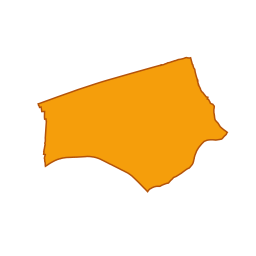 Heemstede, Noord-Holland, Netherlands (orthographic projection), rotated 58°
{"feature_id": "6326949B37301636239269", "entity_name": "Heemstede", "entity_type": "district", "adm_level": 2, "iso_a3": "NLD", "parent_name": "Netherlands", "parent_adm1": "Noord-Holland", "projection": "orthographic", "projection_center": [4.618, 52.343], "detail": "fine", "context": "isolated", "style": "filled", "palette": "amber", "viewbox_px": 256, "rotation_deg": 58, "n_neighbors": 0, "source": "geoboundaries", "source_scale": "gbopen_adm2", "svg_char_len": 5383}
<svg xmlns="http://www.w3.org/2000/svg" viewBox="0 0 256 256"><g transform="rotate(58 128 128)"><path d="M116.7,218.3L116.7,218.0L116.7,217.5L116.7,216.6L116.6,213.7L116.6,212.5L116.6,211.8L116.7,210.1L116.7,209.8L116.8,208.5L116.9,207.4L116.9,207.0L117.1,206.0L117.2,205.6L117.2,205.1L117.4,204.2L117.5,203.9L117.8,202.6L117.9,202.3L118.1,201.9L118.2,201.4L118.3,201.0L118.4,200.7L118.7,199.8L118.9,199.2L119.3,198.3L119.9,197.0L120.1,196.4L121.1,194.6L122.1,192.9L122.6,192.0L123.7,190.0L125.8,186.4L129.9,178.9L130.2,178.2L130.6,177.5L130.8,177.2L131.5,176.2L131.7,175.9L132.0,175.4L132.3,175.1L132.5,174.8L133.0,174.2L133.4,173.7L133.7,173.4L134.3,172.6L135.0,171.9L135.5,171.4L135.9,171.0L136.4,170.6L136.8,170.2L137.3,169.8L138.2,169.1L138.7,168.7L139.2,168.4L140.0,167.8L140.7,167.4L141.4,167.0L142.3,166.4L145.3,164.6L146.6,163.8L149.0,162.4L150.1,161.6L152.0,160.5L157.6,157.1L158.3,156.7L160.5,155.4L161.7,154.6L162.9,153.9L163.6,153.5L165.9,152.1L168.1,151.1L169.4,150.6L170.9,150.0L171.2,150.0L172.9,149.5L174.2,149.2L174.9,149.0L179.4,147.9L185.9,146.5L188.2,146.0L188.4,145.9L189.5,145.7L192.4,145.1L191.9,144.0L191.7,143.6L191.6,143.1L191.4,142.3L191.3,141.7L191.4,140.8L191.4,139.7L191.5,138.6L191.7,137.5L191.8,136.9L192.0,136.4L192.3,135.4L192.8,134.3L193.5,133.2L194.3,131.9L194.4,131.6L194.4,130.7L194.5,129.6L194.5,129.2L194.6,128.8L194.9,127.0L195.3,125.2L195.5,124.4L196.0,123.2L196.1,122.8L195.7,121.7L195.3,120.3L195.1,119.8L194.8,117.9L194.7,117.6L194.6,117.1L194.3,116.2L194.2,115.9L194.1,115.4L194.3,114.6L194.4,113.8L194.6,112.8L194.6,112.5L194.6,111.1L194.6,108.9L194.6,107.5L194.6,107.0L194.6,106.8L194.6,106.4L194.4,105.2L194.4,104.4L194.3,103.5L194.2,102.2L194.1,100.9L194.1,100.1L194.1,99.4L194.1,98.8L194.4,97.4L194.3,97.2L194.1,96.2L193.9,95.6L193.0,92.9L192.4,91.8L192.1,91.4L190.8,89.9L190.1,89.3L188.8,87.9L187.9,87.2L187.6,86.8L187.0,86.1L186.6,85.7L184.1,82.3L183.6,81.7L183.3,80.9L182.6,79.6L182.4,79.2L182.0,78.3L181.6,77.2L180.5,73.9L180.3,73.1L180.2,72.7L179.9,71.2L179.7,70.6L180.1,68.3L180.2,67.6L180.6,66.6L180.7,66.3L180.9,66.0L180.9,65.9L181.3,65.1L181.6,64.5L181.9,64.0L182.4,63.2L182.9,62.4L183.4,61.7L184.7,60.0L185.0,59.4L185.2,58.9L185.3,58.7L186.4,56.1L186.6,55.5L186.8,55.0L186.9,54.8L187.0,54.4L186.9,53.8L186.9,53.6L186.4,52.0L186.3,51.7L185.9,50.3L185.9,50.1L185.8,49.4L185.7,49.2L185.6,48.4L185.2,47.6L185.1,47.4L184.9,47.2L184.6,46.9L184.3,46.1L183.0,46.6L182.9,46.6L181.5,47.2L181.4,47.2L181.2,47.3L179.8,47.9L179.0,48.1L178.5,48.3L177.9,48.5L177.2,48.7L176.8,48.8L176.0,49.1L175.6,49.1L173.5,49.1L171.6,49.1L170.1,49.4L169.5,49.5L168.5,49.7L167.7,49.8L167.4,49.8L167.0,49.7L166.7,49.7L166.3,49.5L166.0,49.4L165.5,49.2L165.2,49.1L163.8,48.4L163.4,48.2L163.2,48.1L162.8,48.0L162.5,47.8L161.5,47.4L160.4,47.0L159.9,46.7L159.6,46.5L159.1,46.2L158.4,45.8L158.1,45.6L157.7,45.3L157.5,45.1L157.2,44.8L156.8,44.5L156.6,44.3L156.2,44.0L155.8,43.7L155.6,43.5L155.4,43.4L154.8,43.3L154.6,43.3L154.2,43.4L153.3,43.5L153.0,43.5L152.9,43.6L152.7,43.6L152.2,44.0L151.9,44.3L151.7,44.5L151.2,44.7L150.3,45.0L150.1,44.9L149.9,44.9L149.2,44.7L148.9,44.7L148.0,44.7L146.6,44.6L146.4,44.6L146.2,44.7L146.0,44.8L145.9,44.9L145.7,45.0L145.4,45.4L145.0,45.1L144.8,44.8L144.3,44.0L143.3,44.9L143.0,45.2L139.4,45.6L137.3,45.8L136.9,46.1L135.6,46.2L134.2,46.2L133.5,45.9L131.5,45.6L130.6,45.6L129.6,45.5L129.6,45.4L128.4,45.1L128.4,45.3L127.7,45.0L126.4,44.6L124.7,44.1L124.7,43.8L124.8,43.7L124.0,43.4L123.4,43.4L123.4,43.5L121.0,42.9L119.3,42.4L116.5,41.5L115.4,41.1L114.3,40.6L114.0,40.5L113.5,40.3L112.7,40.4L112.2,40.4L111.8,40.4L111.3,40.3L109.9,39.9L109.6,39.8L108.5,39.5L108.2,39.7L107.2,39.4L105.2,38.8L104.8,38.7L104.5,38.6L104.2,38.5L103.6,38.3L102.9,38.1L102.6,38.1L102.3,37.9L101.6,37.7L101.5,38.0L101.5,38.3L101.4,38.5L100.2,40.2L100.1,40.3L99.5,40.8L99.3,41.0L99.1,41.4L99.0,41.8L98.9,42.0L98.8,42.4L98.7,43.0L98.6,43.7L98.2,45.1L97.7,46.5L97.3,47.6L97.2,47.7L96.8,48.6L96.7,48.9L96.6,49.1L96.5,49.5L96.5,49.8L96.4,50.2L96.1,51.7L95.9,52.4L95.8,52.5L95.7,52.8L95.4,54.1L95.2,55.0L94.9,56.0L94.8,56.6L94.7,57.1L94.5,57.9L94.4,58.2L94.3,58.6L94.0,59.2L93.9,59.5L93.7,60.1L93.7,60.3L93.7,60.6L93.7,60.8L93.8,60.9L93.7,61.3L93.3,62.5L93.2,64.0L92.7,65.4L92.4,65.8L92.5,65.8L92.3,67.1L92.0,67.1L89.6,75.1L83.1,97.4L76.6,120.0L75.2,125.0L73.5,131.6L68.9,150.3L67.2,158.2L65.9,163.9L63.8,173.5L62.7,178.8L61.6,183.8L60.2,190.5L60.0,191.1L59.9,191.3L60.4,191.5L61.6,191.9L62.4,191.7L62.9,191.8L63.7,192.1L63.9,191.5L64.0,191.1L64.2,190.6L65.8,191.3L67.0,191.8L68.4,192.4L68.7,191.9L68.8,191.7L69.2,191.0L69.8,190.0L70.2,190.3L71.6,191.2L73.4,192.4L74.5,193.1L76.3,194.0L76.7,193.2L76.9,192.8L78.8,193.7L79.0,193.6L82.3,196.0L86.6,199.1L89.5,201.2L91.2,202.4L92.8,203.6L93.0,203.6L93.4,203.8L94.5,204.6L95.1,204.9L95.3,205.0L95.9,205.6L96.3,206.1L97.2,206.8L97.4,206.8L97.6,206.9L97.9,207.0L98.1,207.0L98.4,207.2L98.4,207.3L98.6,207.5L98.8,207.7L98.9,207.9L99.3,208.2L99.7,208.6L100.5,209.3L101.2,209.9L101.5,210.1L101.6,210.4L102.4,211.0L102.7,211.3L102.9,211.5L103.5,211.9L103.5,212.0L103.9,212.1L104.1,212.3L104.3,212.4L104.9,212.9L105.6,213.5L106.7,212.2L107.6,213.2L107.8,213.4L108.6,214.3L109.2,214.8L109.4,215.0L109.9,215.1L110.2,215.2L110.4,215.3L110.8,215.5L111.5,215.9L111.7,216.0L112.3,216.3L112.7,216.4L112.9,216.5L113.3,216.5L115.3,217.6L116.0,218.0L116.7,218.3Z" fill="#f59e0b" stroke="#b45309" stroke-width="1.5"/></g></svg>